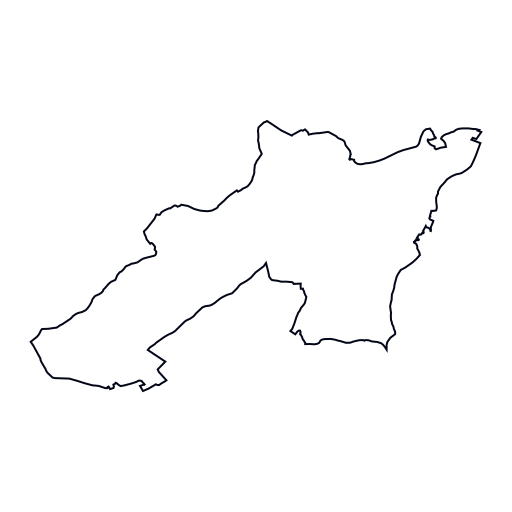 outline of Atintis, Mures, Romania
{"feature_id": "2599482B68806585606187", "entity_name": "Atintis", "entity_type": "district", "adm_level": 2, "iso_a3": "ROU", "parent_name": "Romania", "parent_adm1": "Mures", "projection": "robinson", "projection_center": [24.081, 46.406], "detail": "fine", "context": "isolated", "style": "outline", "palette": "ink", "viewbox_px": 512, "rotation_deg": 0, "n_neighbors": 0, "source": "geoboundaries", "source_scale": "gbopen_adm2", "svg_char_len": 6077}
<svg xmlns="http://www.w3.org/2000/svg" viewBox="0 0 512 512"><path d="M143.0,391.0L148.6,388.6L155.9,384.3L157.2,385.0L159.2,385.0L161.2,383.5L165.2,381.2L166.4,380.3L158.8,371.9L157.7,369.4L165.3,361.6L147.8,350.0L149.8,347.5L154.6,344.3L156.1,342.8L164.4,336.9L168.0,334.8L172.4,332.8L175.0,331.1L184.7,321.6L186.4,320.4L190.1,318.7L193.6,316.3L196.1,313.3L202.4,307.4L205.3,306.2L209.7,305.6L211.7,304.8L214.8,302.9L219.8,298.8L222.9,296.9L227.0,294.9L232.1,293.3L237.2,288.2L239.4,285.3L241.1,283.9L242.9,283.0L246.5,280.9L250.7,277.9L255.6,272.4L263.7,266.3L266.0,263.0L268.1,271.2L269.3,276.9L270.7,278.9L272.1,280.1L277.7,280.8L281.3,281.7L286.7,281.7L291.7,282.1L292.3,282.3L293.6,283.4L293.7,283.9L300.7,283.6L300.6,286.3L300.8,288.8L302.9,288.7L302.9,289.3L304.0,291.2L304.3,292.7L305.0,294.5L306.3,296.9L306.2,297.7L304.9,302.9L303.9,304.5L301.1,307.8L299.7,310.8L298.1,312.9L297.1,315.7L296.6,316.5L294.4,323.4L292.2,329.0L290.4,331.0L292.1,332.2L295.3,334.3L297.3,331.7L298.2,331.0L298.8,330.6L300.0,330.6L300.4,331.3L300.5,332.2L300.5,333.0L300.1,333.8L300.2,334.4L300.8,334.7L302.2,337.2L302.3,338.1L303.0,339.6L303.5,340.1L305.2,342.8L305.2,344.1L309.8,344.0L314.3,344.3L316.9,343.9L319.1,342.9L320.5,340.6L321.3,340.0L322.4,339.5L324.5,339.1L330.6,338.9L335.1,339.7L338.3,340.7L339.7,340.9L346.0,342.8L350.2,342.7L353.2,341.6L359.2,340.2L361.0,340.1L363.8,340.2L364.4,340.7L365.5,340.1L366.9,340.1L369.1,340.4L371.7,341.4L377.3,342.0L381.3,343.3L383.1,344.8L384.9,347.0L386.6,349.6L386.6,345.2L387.3,342.1L390.3,337.8L395.1,334.2L395.2,332.8L395.0,331.4L394.0,329.3L393.4,326.6L392.1,324.0L391.7,321.8L391.0,320.0L390.8,315.2L391.1,313.6L390.1,306.3L391.1,301.5L391.6,300.2L391.9,294.4L393.0,291.7L394.2,287.7L394.5,284.7L396.7,276.7L398.0,274.1L400.7,270.0L405.3,267.5L412.2,262.7L416.2,259.1L419.6,255.4L419.4,255.3L419.8,254.3L419.6,253.2L418.3,250.4L417.3,248.6L417.2,248.0L417.3,246.7L417.0,245.4L415.9,243.6L414.3,242.9L414.0,242.2L414.0,241.8L415.1,241.3L415.2,240.7L415.8,240.6L416.0,239.9L416.4,240.2L418.6,240.1L418.8,239.7L418.6,239.2L418.0,239.0L417.6,239.3L417.5,239.2L417.6,238.2L417.2,238.3L416.9,237.8L419.2,234.4L420.6,234.7L421.4,234.4L421.8,233.3L422.3,233.0L423.3,233.2L423.5,233.0L423.7,232.6L423.5,231.4L423.0,231.0L424.2,229.0L425.8,226.0L426.2,226.9L426.8,227.4L428.3,227.8L429.4,228.5L430.0,229.3L430.6,230.5L430.5,230.9L430.8,231.0L431.0,230.2L430.8,228.5L430.9,227.0L432.9,222.3L433.3,220.8L430.3,219.6L429.3,218.4L429.8,216.9L430.3,216.7L430.3,216.3L430.0,215.6L430.3,214.7L431.4,210.8L432.9,211.0L433.0,210.8L435.1,210.7L436.0,210.5L436.3,210.1L436.8,207.7L436.7,205.5L436.2,202.0L436.1,197.8L437.1,195.1L438.0,193.7L438.0,191.8L438.4,190.7L440.4,186.9L444.5,182.5L447.1,179.3L450.8,176.8L452.7,175.8L456.0,174.4L459.8,173.6L461.7,173.0L466.8,169.7L469.9,167.2L471.0,166.1L472.9,162.3L475.7,155.9L480.4,143.1L471.4,139.7L472.8,137.8L476.3,139.1L481.3,132.0L477.9,130.7L479.0,129.9L475.4,129.0L474.0,129.1L468.4,128.4L462.6,128.4L458.7,128.8L456.1,129.8L453.4,131.8L451.9,132.0L448.5,133.5L446.0,134.2L443.5,135.5L441.6,137.3L441.1,138.8L443.5,140.8L445.2,143.2L446.0,146.9L440.7,147.7L436.2,149.3L436.0,149.0L434.9,148.6L434.6,148.2L434.7,146.7L434.6,146.4L432.0,145.4L430.2,144.3L428.4,142.1L427.7,140.9L427.8,139.6L429.6,139.9L432.7,139.4L433.9,138.6L435.7,138.3L435.8,138.0L435.7,137.5L434.3,136.4L434.1,135.3L432.9,133.2L432.5,131.7L431.0,130.3L430.1,128.6L426.1,129.2L423.9,130.9L423.2,131.9L420.9,136.8L419.0,143.6L417.4,145.8L416.0,146.7L403.3,150.1L397.6,152.2L384.3,158.7L379.0,160.7L373.7,162.2L368.8,163.1L365.5,163.3L363.6,163.9L360.6,164.3L357.5,163.9L355.9,162.9L354.9,162.1L354.1,161.0L354.1,159.8L350.6,159.0L349.9,159.7L349.5,159.3L349.3,159.1L350.2,156.6L350.2,155.3L350.8,154.5L349.9,150.8L345.6,145.3L344.7,142.1L343.8,140.8L342.2,139.8L338.2,138.1L335.9,136.0L328.7,132.1L328.0,131.9L318.3,133.3L318.0,133.1L312.9,133.7L308.7,134.6L308.3,133.2L307.8,132.2L305.0,129.4L302.9,130.7L301.8,130.3L300.8,130.3L292.3,135.0L291.8,135.6L281.2,130.4L270.9,123.5L267.0,121.0L265.8,121.8L263.9,122.4L258.8,127.1L258.4,127.7L258.1,130.4L257.9,130.8L258.3,133.8L258.4,137.8L258.0,140.0L258.8,143.8L259.4,148.5L261.7,153.6L261.6,154.1L258.3,159.0L256.6,161.2L256.1,162.7L254.9,164.8L254.3,170.1L254.3,172.8L253.5,175.6L252.7,177.2L252.7,177.8L252.2,179.5L251.6,181.0L249.5,184.1L247.7,186.2L245.7,187.4L242.9,188.6L240.7,190.3L238.0,191.7L236.9,190.4L229.8,195.3L226.8,197.9L223.9,200.9L218.4,205.7L217.5,207.5L216.1,208.5L212.5,210.3L211.2,210.7L207.7,211.2L203.6,211.0L199.8,210.5L194.3,209.0L188.0,206.0L181.3,204.7L180.0,205.8L177.7,206.7L175.8,205.6L174.5,205.5L170.1,208.4L169.1,208.3L164.6,210.3L161.5,212.2L159.7,214.8L158.5,214.9L156.7,214.4L156.3,214.6L154.6,218.6L147.3,228.0L143.9,231.5L144.6,234.2L145.7,236.4L146.6,239.2L147.1,240.0L150.2,243.8L151.2,243.0L152.0,243.2L153.1,244.2L154.9,246.5L155.0,247.9L154.7,249.0L154.7,249.7L155.7,250.8L156.3,251.9L156.1,253.4L155.4,255.1L153.7,255.9L146.4,257.7L143.0,258.7L141.0,259.9L137.4,262.4L133.2,263.5L131.4,263.7L130.0,264.6L126.0,266.3L125.1,267.2L124.0,268.9L121.4,271.5L120.2,271.9L118.7,273.4L117.2,275.4L115.8,278.9L115.3,279.9L110.9,281.9L108.4,284.1L105.7,287.3L103.6,289.5L103.2,290.0L102.8,291.3L101.2,292.9L99.2,294.2L95.3,295.9L94.5,296.6L92.5,299.2L91.4,302.3L89.6,305.4L87.7,308.1L85.7,310.2L82.1,312.0L78.1,313.0L75.6,314.2L73.1,316.0L70.8,318.5L70.0,319.1L62.2,324.3L60.1,325.3L56.7,327.6L48.1,328.8L42.1,329.0L41.2,330.0L39.0,334.3L37.1,336.7L30.7,341.8L33.2,345.4L38.7,355.4L40.4,358.5L40.5,359.9L41.5,362.2L45.5,369.0L46.3,371.0L47.7,373.0L52.6,377.6L55.1,378.1L69.3,378.6L77.4,380.9L83.9,383.0L92.3,385.3L98.6,385.9L105.3,388.1L106.4,388.2L107.3,388.1L107.7,387.9L107.5,387.2L108.5,386.5L108.8,386.7L110.1,389.1L113.5,388.0L113.9,386.4L113.4,384.6L115.3,383.6L115.6,382.8L116.5,383.1L118.9,385.1L120.7,386.1L124.3,385.4L130.8,383.7L136.4,381.9L138.5,380.7L140.7,380.7L141.9,381.2L142.4,382.1L144.0,383.6L144.0,383.9L144.6,384.5L144.2,384.8L143.1,384.8L141.5,385.5L140.0,385.9L143.0,391.0Z" fill="none" stroke="#020617" stroke-width="2"/></svg>